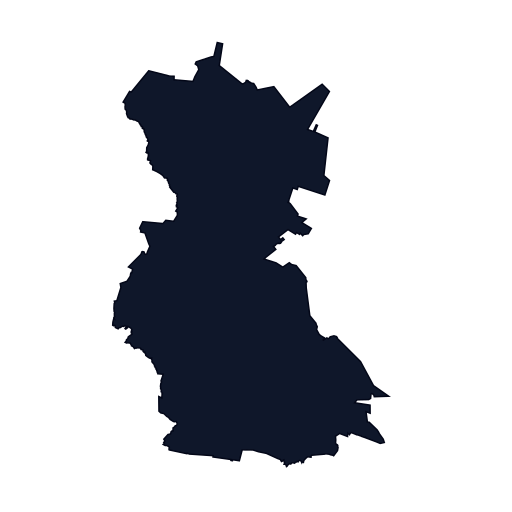 Cuauhtémoc, Chihuahua, Mexico, rotated 8°
{"feature_id": "50627088B28133292335375", "entity_name": "Cuauhtémoc", "entity_type": "district", "adm_level": 2, "iso_a3": "MEX", "parent_name": "Mexico", "parent_adm1": "Chihuahua", "projection": "orthographic", "projection_center": [-106.99, 28.768], "detail": "fine", "context": "isolated", "style": "filled", "palette": "ink", "viewbox_px": 512, "rotation_deg": 8, "n_neighbors": 0, "source": "geoboundaries", "source_scale": "gbopen_adm2", "svg_char_len": 6136}
<svg xmlns="http://www.w3.org/2000/svg" viewBox="0 0 512 512"><g transform="rotate(8 256 256)"><path d="M122.0,320.4L122.7,322.3L122.2,322.9L122.6,327.6L123.2,330.6L124.0,331.9L123.7,333.1L124.2,334.3L124.0,335.1L124.6,335.7L123.8,336.8L124.3,337.6L123.9,337.4L123.8,338.0L123.5,341.3L123.7,344.5L124.6,344.9L125.4,344.4L126.0,344.4L126.7,346.4L129.6,347.3L130.0,346.3L131.5,345.8L133.6,344.0L134.9,344.2L135.8,343.1L137.4,343.8L137.7,344.3L137.1,344.7L136.4,346.1L137.2,346.5L138.8,344.9L139.0,343.5L142.2,344.9L143.3,346.1L143.0,347.9L143.5,348.2L143.0,348.7L143.1,349.3L143.5,349.2L144.1,350.7L140.8,353.8L140.6,355.0L140.8,355.4L139.4,357.0L139.3,358.4L138.4,359.7L140.0,360.2L141.1,359.8L143.7,359.8L144.4,360.9L145.1,361.4L145.1,362.2L147.2,363.0L148.5,364.6L149.5,363.9L150.3,363.9L151.0,363.5L153.6,363.2L154.6,363.5L155.2,364.6L157.2,364.7L157.4,366.0L157.9,366.5L159.0,366.5L158.8,367.1L160.1,367.9L160.7,369.8L163.7,371.5L165.2,372.0L165.7,372.1L166.0,371.5L166.9,371.5L166.8,372.4L167.5,373.6L167.7,375.3L170.6,377.9L170.7,378.9L171.0,379.0L171.8,380.6L173.0,381.4L172.8,382.1L173.8,383.0L173.7,383.5L174.7,384.7L174.5,385.2L175.1,385.7L175.2,386.3L180.6,386.0L179.3,393.0L180.1,393.9L179.5,395.3L179.5,398.3L180.0,399.9L180.0,400.8L180.7,401.3L180.9,401.8L181.0,403.7L181.7,404.0L182.5,404.8L182.0,405.7L182.5,406.2L182.3,407.5L182.5,409.7L179.3,408.7L181.5,423.2L183.5,424.6L186.8,424.9L189.9,427.2L191.8,428.0L193.7,429.8L197.3,431.4L198.3,431.5L200.2,431.0L201.5,433.4L200.7,435.0L199.7,435.3L199.0,436.7L197.8,437.7L198.1,440.8L197.2,440.9L196.4,441.7L196.2,443.9L195.2,444.5L193.7,445.0L190.2,450.2L191.6,451.9L190.6,453.4L191.5,454.0L190.3,455.5L192.4,456.3L194.2,456.1L196.1,456.9L196.8,457.6L196.7,459.4L197.0,460.1L215.1,461.4L215.3,460.8L217.5,461.4L241.4,459.7L241.4,461.0L259.7,461.0L259.6,461.7L260.1,461.7L260.1,462.0L261.2,462.0L261.4,461.0L268.0,461.1L269.3,449.9L280.0,448.5L285.7,449.5L293.7,450.0L305.9,453.6L308.4,454.1L309.8,456.0L310.6,455.5L311.5,454.2L311.9,454.0L312.0,455.1L313.1,456.1L312.8,456.5L313.0,457.7L312.8,458.3L314.1,458.2L315.0,459.1L315.5,460.3L316.0,459.9L316.3,459.0L317.5,457.5L318.6,456.9L319.4,457.2L320.0,456.1L321.2,455.6L322.1,455.6L322.7,455.9L323.3,455.5L323.2,455.2L323.4,454.8L325.0,454.3L325.2,453.6L326.4,453.9L326.6,452.9L327.9,452.3L329.1,452.7L330.1,454.3L330.3,453.5L331.7,453.8L331.8,451.9L333.4,449.5L335.1,447.6L338.5,447.6L338.4,446.5L338.7,445.6L351.8,442.6L352.5,442.2L356.0,442.1L357.6,442.5L359.9,442.6L360.7,443.0L363.8,437.4L363.9,434.2L363.6,433.9L363.3,432.1L362.6,431.5L361.9,431.6L360.8,430.0L360.6,427.0L359.8,423.4L363.5,420.1L371.8,422.0L371.6,418.9L372.1,419.4L373.1,419.4L373.5,419.8L373.9,418.6L375.1,417.6L380.9,419.1L381.9,419.0L384.4,419.6L384.9,419.3L385.5,419.9L389.6,420.7L389.8,420.4L390.0,420.8L400.8,423.2L405.1,424.3L409.0,422.8L407.5,419.7L402.1,414.0L402.2,413.7L400.1,411.3L391.3,404.9L389.4,404.9L386.6,394.8L390.9,395.8L389.7,387.8L374.1,387.6L375.7,384.9L376.4,384.3L387.5,382.5L389.3,381.1L389.1,376.7L389.8,376.1L390.8,376.4L392.2,377.5L392.7,378.9L406.9,376.4L390.4,368.0L374.2,346.0L347.3,325.8L347.7,325.4L346.9,324.6L344.3,324.2L340.7,325.7L339.5,327.7L338.6,327.9L337.6,327.2L333.9,330.4L335.1,327.5L331.8,326.2L329.0,324.6L329.1,324.3L326.2,320.4L326.5,317.5L324.3,314.1L324.5,314.0L317.6,307.6L310.2,280.6L309.2,275.0L309.9,274.6L310.0,274.0L308.6,272.3L308.3,270.5L297.1,259.9L292.5,259.5L289.9,258.0L284.1,263.3L276.8,260.0L264.4,257.9L265.9,255.9L274.7,246.7L272.0,244.1L273.5,242.9L274.3,241.5L275.1,240.8L276.3,240.5L276.4,240.2L277.4,240.4L278.5,240.0L279.1,238.9L278.6,238.7L281.6,235.8L280.0,234.3L278.1,236.4L275.6,234.0L284.0,225.4L292.1,228.9L292.9,227.1L296.1,228.5L296.6,227.2L299.4,229.4L300.2,228.1L304.6,226.7L307.0,221.0L296.7,216.5L300.5,212.3L291.4,210.7L291.8,208.6L282.6,199.4L280.8,198.4L280.8,197.5L280.4,197.8L283.0,183.5L287.6,184.4L288.1,181.1L315.7,186.0L318.3,171.0L312.0,166.9L310.9,129.0L297.0,125.0L298.7,118.1L297.4,117.7L295.4,124.7L289.4,123.5L305.8,82.9L297.6,76.7L268.7,104.0L250.1,85.8L234.1,91.4L232.6,88.9L229.7,85.5L227.3,85.5L226.3,84.8L225.5,85.1L225.0,84.4L224.1,84.6L224.0,83.7L223.0,83.3L221.9,83.5L221.9,84.3L221.4,85.6L219.2,87.4L217.9,87.3L193.1,72.5L193.4,50.5L187.9,50.0L186.5,64.3L183.9,65.1L169.8,72.0L169.1,74.3L171.8,75.8L173.4,79.4L170.5,87.0L169.3,91.9L150.3,92.9L149.9,89.4L145.7,89.9L124.0,87.5L109.6,111.1L107.9,110.6L103.0,122.1L105.2,123.0L105.6,125.6L105.5,126.3L106.0,128.8L106.9,129.3L107.9,131.1L108.0,133.1L109.5,135.9L110.3,136.9L111.2,136.9L112.1,137.9L113.9,137.7L116.3,138.3L117.3,138.0L119.3,138.9L121.2,139.3L121.8,140.5L122.7,141.3L122.8,141.7L123.3,141.9L123.2,142.2L123.8,142.6L124.4,143.8L125.5,143.7L125.7,145.3L126.3,145.2L126.5,145.7L127.1,145.6L127.5,145.9L127.5,146.7L127.9,147.0L128.0,148.6L128.6,149.1L129.6,151.2L130.5,151.6L130.5,151.9L130.2,152.0L131.0,153.7L131.9,153.9L131.9,154.5L132.7,155.5L132.8,156.2L132.3,157.0L132.4,157.3L133.1,157.4L133.5,157.1L134.1,158.5L133.7,161.3L132.7,163.9L133.1,167.4L132.8,168.5L133.3,168.4L133.3,169.0L133.7,169.2L134.5,169.2L134.9,168.7L135.3,169.2L135.2,171.0L135.7,171.9L135.2,173.2L135.5,173.7L135.1,174.8L135.3,175.9L138.4,176.3L138.0,178.6L139.4,179.8L140.6,180.3L141.4,181.5L141.7,185.0L144.0,185.5L144.3,185.8L145.2,185.9L149.5,187.6L152.6,189.3L154.5,191.4L156.9,191.2L157.1,191.8L157.5,191.7L158.0,192.4L157.7,193.4L159.0,194.5L158.9,194.9L159.3,195.9L160.4,197.2L160.4,198.2L161.5,199.5L161.1,199.9L165.7,204.3L167.0,204.4L168.3,205.6L169.4,205.6L169.7,206.3L169.2,207.5L169.4,208.2L169.9,208.7L170.0,210.7L170.4,211.8L170.3,212.7L170.5,213.8L170.1,214.3L170.4,214.6L170.5,215.6L170.0,216.8L170.8,217.1L170.3,218.3L171.9,219.0L170.3,222.7L171.9,223.4L172.5,226.6L169.6,233.1L161.7,233.2L159.4,236.8L139.1,237.8L136.9,244.7L138.5,246.9L138.4,248.3L142.8,248.6L148.1,258.8L149.6,261.1L147.9,267.1L147.6,269.2L146.7,269.7L146.1,269.7L145.3,269.0L144.5,267.5L143.0,267.4L142.5,267.6L141.8,270.5L131.2,284.6L135.6,286.1L135.4,289.8L134.7,289.7L134.3,291.1L134.3,293.5L131.7,299.0L125.4,302.2L126.6,306.0L124.4,319.7L122.0,320.4Z" fill="#0f172a" stroke="#020617" stroke-width="1.5"/></g></svg>